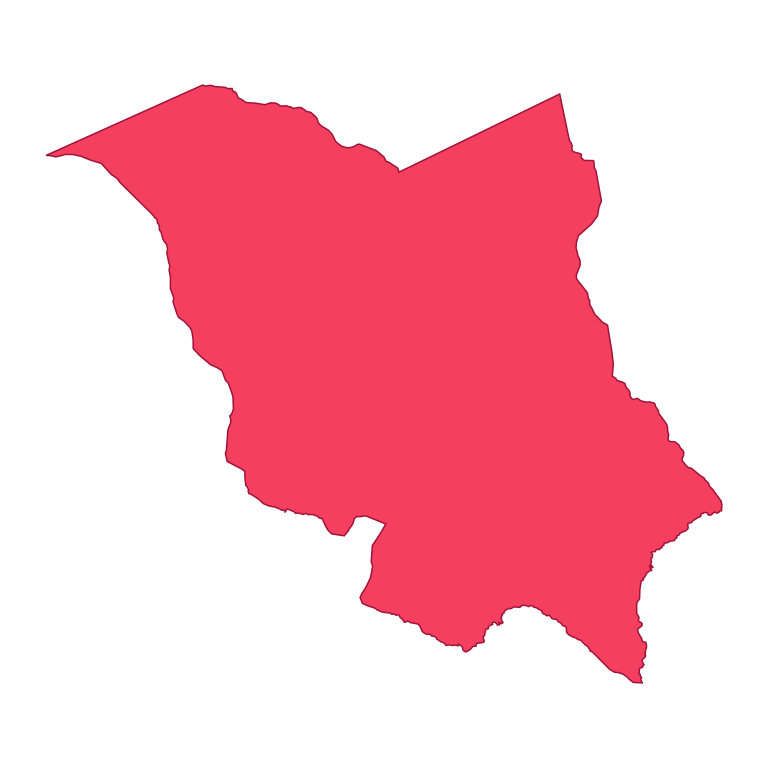 Tilcara, Jujuy, Argentina
{"feature_id": "61730980B79181726487815", "entity_name": "Tilcara", "entity_type": "district", "adm_level": 2, "iso_a3": "ARG", "parent_name": "Argentina", "parent_adm1": "Jujuy", "projection": "mercator", "projection_center": [-65.303, -23.584], "detail": "fine", "context": "isolated", "style": "filled", "palette": "rose", "viewbox_px": 768, "rotation_deg": 0, "n_neighbors": 0, "source": "geoboundaries", "source_scale": "gbopen_adm2", "svg_char_len": 6112}
<svg xmlns="http://www.w3.org/2000/svg" viewBox="0 0 768 768"><path d="M442.1,642.1L444.9,643.6L445.3,644.7L446.2,645.4L450.2,644.8L451.8,645.5L455.8,645.1L458.0,645.9L458.5,645.5L458.5,644.4L460.2,645.0L462.3,647.0L463.2,650.3L465.2,651.8L466.8,651.6L470.4,649.4L473.0,646.3L475.9,646.1L476.4,643.7L476.8,643.4L482.9,642.5L484.1,641.8L484.2,640.9L483.0,637.1L484.6,635.4L485.5,630.2L486.1,629.4L488.4,628.6L488.4,626.8L490.0,625.4L492.7,624.5L492.2,622.8L493.9,622.1L495.0,622.3L496.8,623.7L497.4,625.2L498.4,624.7L499.6,624.7L499.1,622.6L499.7,622.6L501.2,623.7L502.7,623.0L503.0,622.5L501.5,620.0L501.5,618.3L501.1,617.3L502.5,615.1L502.0,614.0L504.0,613.0L504.3,611.4L505.6,610.2L508.6,608.5L510.9,608.7L513.8,606.9L519.6,607.4L522.5,605.3L525.9,605.5L528.7,606.6L529.6,605.9L531.3,605.6L532.9,606.2L533.7,607.1L536.9,607.9L538.2,609.1L541.4,610.3L542.2,612.5L543.3,613.9L545.0,614.3L546.2,615.5L547.4,615.8L548.9,615.1L550.7,616.6L551.5,618.1L552.5,618.8L557.0,619.6L558.1,621.7L560.7,622.9L562.8,625.6L565.5,626.5L566.3,628.0L566.5,632.1L568.3,634.4L572.3,636.8L576.2,638.1L577.9,639.6L580.7,640.2L585.7,645.3L587.2,645.9L589.9,649.9L590.3,651.3L591.3,651.4L592.8,652.4L609.6,669.3L614.5,672.2L618.1,672.6L623.0,674.1L627.2,677.1L629.1,679.2L633.2,682.4L642.3,682.9L640.8,679.5L641.6,677.5L640.3,676.1L640.2,674.4L638.7,673.6L639.3,671.9L639.5,668.4L642.5,667.3L642.8,666.2L644.0,664.9L642.2,661.4L642.1,660.1L642.8,658.9L644.1,658.3L645.7,655.9L645.3,654.6L644.7,654.4L645.4,653.4L645.5,650.8L646.5,647.2L646.5,645.1L645.9,642.3L643.6,642.0L642.2,640.8L641.6,638.3L638.9,634.0L637.8,631.2L637.6,629.5L638.3,628.5L641.5,626.2L642.1,625.3L642.1,623.7L641.5,622.8L639.3,621.6L638.4,620.5L639.0,617.8L638.6,616.5L636.8,613.7L636.6,605.5L637.2,601.8L639.0,599.8L639.6,598.4L639.9,589.2L641.2,581.1L643.3,579.9L643.2,578.3L644.1,578.0L646.7,573.3L650.1,570.5L651.6,570.5L651.4,569.6L650.4,568.0L652.8,567.4L652.2,566.0L651.3,565.4L649.7,566.6L649.6,565.9L650.9,564.2L651.2,562.8L651.4,561.2L650.9,559.0L652.4,557.2L652.3,556.2L652.7,554.7L651.2,552.5L652.3,551.9L655.2,551.6L656.2,549.6L659.5,549.4L660.7,548.0L661.9,547.7L661.9,546.9L663.1,545.3L663.8,545.3L664.1,543.2L667.4,542.7L670.4,541.0L674.2,540.7L675.3,538.7L676.6,538.0L677.2,535.7L679.1,534.9L680.1,533.2L683.6,531.5L685.1,531.2L687.7,529.0L688.2,527.9L687.6,523.9L688.3,523.8L689.3,522.8L691.6,522.7L691.9,521.5L695.4,519.1L696.9,518.4L697.5,517.6L699.8,517.0L701.0,515.8L701.0,514.0L701.6,513.4L703.5,513.4L704.0,512.5L706.6,512.6L707.4,512.9L708.3,515.0L710.4,515.1L711.2,514.9L714.3,512.1L717.1,513.1L718.7,512.4L720.0,510.9L721.5,510.8L721.9,504.4L721.3,502.8L721.3,501.4L712.9,489.7L709.3,486.0L708.8,483.9L707.9,482.5L705.4,480.3L703.9,477.8L700.8,476.0L691.3,468.2L688.4,467.6L686.3,465.9L682.3,460.7L682.0,459.8L682.6,457.3L683.3,456.4L683.8,453.9L683.5,451.6L682.5,449.9L680.7,448.5L678.8,444.8L675.4,442.2L673.5,441.6L670.3,441.6L668.6,440.7L668.0,439.2L668.7,434.2L667.9,432.5L667.3,426.0L666.5,424.0L658.5,413.0L658.5,410.8L655.4,406.2L655.1,404.5L654.3,403.1L649.5,401.9L646.7,402.1L643.7,401.6L640.7,400.7L637.3,398.3L634.1,399.4L632.6,399.2L631.2,398.0L630.1,396.1L629.9,392.4L629.3,391.0L625.9,386.9L624.9,383.5L622.5,382.1L616.8,380.4L616.0,378.6L612.3,376.1L613.3,363.9L611.7,350.6L607.5,325.1L602.2,322.1L597.4,316.8L595.1,314.9L591.6,307.7L589.8,304.7L589.6,300.1L588.1,298.1L588.2,296.9L587.4,292.8L576.8,279.2L576.3,277.4L576.5,274.6L580.1,265.4L580.1,260.8L579.1,257.7L578.2,256.6L576.1,247.9L576.4,242.5L578.5,235.6L591.7,223.8L597.5,216.0L599.0,207.1L601.4,200.9L596.0,170.9L594.3,167.5L593.9,161.4L593.2,160.6L584.2,160.4L581.4,157.8L581.1,156.4L581.5,155.2L580.8,153.8L575.5,152.4L573.1,151.5L572.1,150.6L571.8,147.8L572.3,146.3L571.3,143.2L569.3,140.1L559.7,94.0L399.1,172.1L397.8,168.2L388.7,162.1L386.0,161.2L384.0,157.0L376.5,150.7L359.6,144.2L357.4,144.4L354.3,146.4L350.9,147.5L346.8,147.7L341.8,146.3L337.1,142.8L335.5,141.2L332.2,134.4L328.3,130.1L321.7,126.2L319.2,123.8L318.2,122.4L317.0,118.6L315.2,116.3L310.8,112.4L306.3,111.3L304.6,109.8L301.2,107.6L298.9,107.4L293.8,108.4L290.5,106.9L288.6,106.6L286.8,105.8L280.8,106.1L276.5,103.4L274.8,103.0L270.3,102.9L265.0,104.7L255.7,103.2L246.9,102.6L245.0,101.9L242.0,99.7L238.2,97.8L236.3,93.1L234.6,91.7L232.8,91.1L232.1,88.5L228.0,88.6L224.9,87.3L215.2,86.6L210.7,85.3L205.4,86.1L202.5,85.1L46.1,155.4L50.8,155.7L55.9,156.9L65.8,154.4L72.9,154.5L80.8,156.2L91.0,160.3L101.3,163.4L111.3,174.5L117.2,178.5L120.0,182.5L151.7,213.8L153.6,215.9L154.7,217.7L157.0,219.5L157.4,222.7L159.2,225.5L159.4,229.8L161.2,232.6L162.9,238.9L164.5,241.9L166.8,244.8L167.6,249.5L166.8,252.7L168.7,262.4L169.8,265.5L169.1,270.5L170.4,276.6L170.4,288.8L173.3,296.4L173.8,298.8L173.0,301.8L176.8,313.5L178.5,317.4L184.2,321.3L189.5,327.0L191.7,330.6L193.1,339.1L193.2,348.7L199.2,355.1L210.5,364.7L216.9,367.5L221.9,370.7L225.5,380.3L228.3,383.1L231.9,393.1L233.0,397.4L233.4,409.1L231.6,414.1L229.8,415.9L230.9,420.2L230.6,423.0L228.5,428.0L227.8,431.2L226.4,450.1L225.4,453.3L227.2,461.5L241.4,468.9L244.9,471.4L244.9,476.7L245.7,485.3L247.1,486.7L248.5,489.6L248.2,491.5L248.9,493.6L250.6,494.1L255.1,496.8L259.8,500.2L263.2,503.5L269.1,506.0L275.4,507.2L280.2,509.2L281.6,510.2L284.6,510.4L284.9,510.7L285.0,512.5L286.1,510.2L287.2,509.0L287.6,509.0L294.0,511.7L295.6,513.4L297.8,513.0L303.4,514.4L305.5,513.4L308.1,514.6L313.4,514.6L314.8,515.5L317.1,515.9L318.7,517.6L321.0,518.6L322.1,518.3L325.5,525.9L328.0,530.2L331.8,533.9L344.2,535.8L348.2,531.1L349.3,528.8L351.8,525.6L353.4,522.2L354.2,518.9L356.8,516.5L359.7,516.7L365.6,515.8L385.8,524.0L379.9,534.2L372.4,545.4L371.2,561.7L372.5,565.5L372.5,567.1L370.5,577.7L365.7,587.6L361.9,593.5L360.1,597.5L362.4,603.4L367.4,605.7L375.0,608.2L377.1,609.9L382.6,612.2L390.4,613.1L391.7,614.3L394.7,614.0L395.7,615.2L397.9,614.9L399.0,615.3L400.1,617.4L402.3,619.2L404.2,622.1L405.4,622.1L408.1,621.0L410.5,622.6L417.9,624.0L420.0,626.2L422.2,631.5L424.5,633.3L426.6,634.3L430.6,634.3L431.3,635.9L434.6,636.5L436.5,638.0L437.0,639.5L438.2,639.8L440.8,641.8L442.1,642.1Z" fill="#f43f5e" stroke="#9f1239" stroke-width="1.5"/></svg>